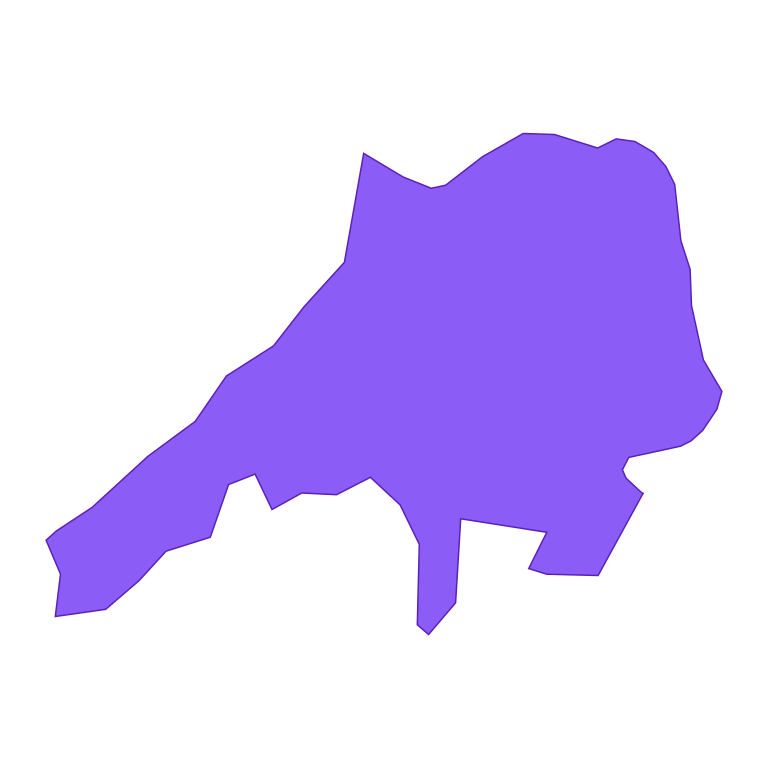 outline of Uchkurgan, Namangan, Uzbekistan
{"feature_id": "79887680B35727766671193", "entity_name": "Uchkurgan", "entity_type": "district", "adm_level": 2, "iso_a3": "UZB", "parent_name": "Uzbekistan", "parent_adm1": "Namangan", "projection": "robinson", "projection_center": [72.083, 41.056], "detail": "fine", "context": "isolated", "style": "filled", "palette": "violet", "viewbox_px": 768, "rotation_deg": 0, "n_neighbors": 0, "source": "geoboundaries", "source_scale": "gbopen_adm2", "svg_char_len": 847}
<svg xmlns="http://www.w3.org/2000/svg" viewBox="0 0 768 768"><path d="M546.7,574.2L598.1,575.5L643.1,493.3L641.1,492.2L626.1,478.2L622.4,469.8L628.8,457.4L680.8,446.1L691.0,440.9L702.7,430.4L716.9,409.2L721.9,391.4L703.4,360.0L691.5,305.5L690.1,269.3L680.9,240.8L674.7,184.4L665.9,166.6L653.8,152.6L646.9,148.5L634.9,141.5L616.3,138.9L597.6,148.0L554.4,134.5L523.2,133.5L482.5,156.7L445.6,185.2L431.3,188.3L403.1,177.0L363.7,153.4L344.4,262.3L304.0,306.8L273.5,345.9L226.4,376.0L195.3,421.3L147.7,456.5L92.1,507.4L56.3,531.0L46.1,540.2L60.5,574.1L55.3,616.5L105.7,609.3L139.2,580.5L166.0,551.2L210.3,537.2L228.6,484.5L255.1,474.1L272.0,509.5L301.7,493.0L336.5,494.7L370.4,477.3L400.1,504.9L419.3,544.3L417.3,624.8L428.6,634.5L455.6,602.8L460.7,518.8L546.8,532.3L528.7,568.6L546.7,574.2Z" fill="#8b5cf6" stroke="#5b21b6" stroke-width="1.5"/></svg>